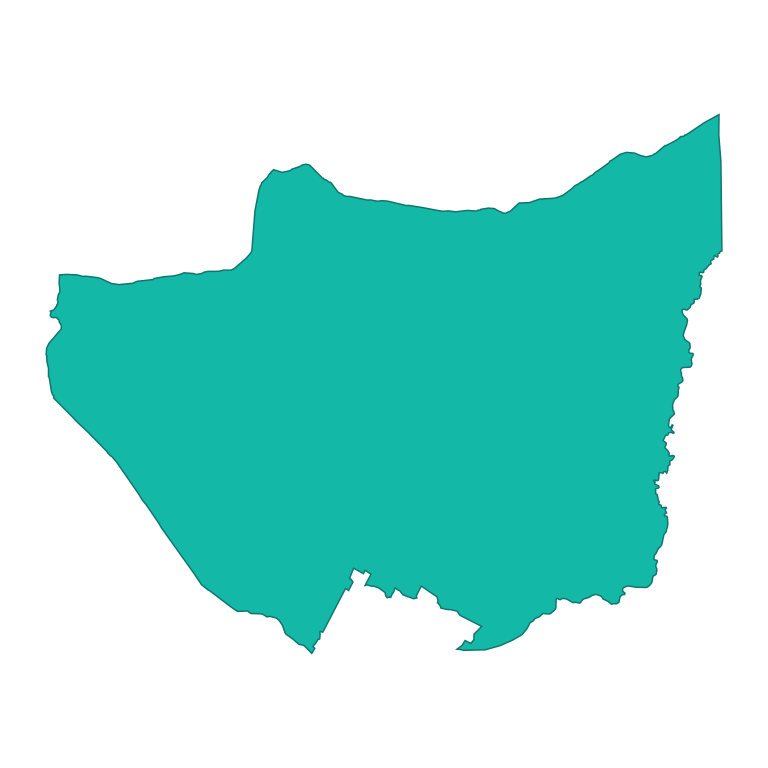 outline of Santa Ana, Petén, Guatemala
{"feature_id": "79465075B84602984839461", "entity_name": "Santa Ana", "entity_type": "district", "adm_level": 2, "iso_a3": "GTM", "parent_name": "Guatemala", "parent_adm1": "Petén", "projection": "robinson", "projection_center": [-89.487, 16.831], "detail": "fine", "context": "isolated", "style": "filled", "palette": "teal", "viewbox_px": 768, "rotation_deg": 0, "n_neighbors": 0, "source": "geoboundaries", "source_scale": "gbopen_adm2", "svg_char_len": 6079}
<svg xmlns="http://www.w3.org/2000/svg" viewBox="0 0 768 768"><path d="M721.9,251.0L720.9,161.5L718.8,135.1L719.0,114.6L705.2,122.1L685.9,135.0L684.8,135.0L683.7,136.3L680.5,136.6L678.5,138.8L675.8,140.5L665.8,145.7L665.1,145.5L655.9,153.3L653.9,154.2L652.5,155.4L646.0,156.9L640.4,155.5L634.6,153.1L626.4,152.4L620.3,154.2L611.4,160.5L610.4,160.6L608.9,162.8L599.6,169.6L595.4,172.2L592.5,175.1L591.0,175.6L582.5,181.5L581.5,181.7L578.0,184.2L574.7,185.8L571.3,189.1L562.7,195.5L554.9,198.2L539.6,199.1L529.2,202.7L519.1,203.0L510.0,211.5L507.1,212.4L506.3,213.2L503.8,213.3L497.4,210.4L494.5,208.6L488.5,208.1L480.8,209.3L480.4,209.9L477.5,210.3L476.8,211.1L467.6,210.4L455.7,211.8L448.3,210.9L442.3,211.3L421.0,207.3L408.4,205.4L406.6,205.6L387.5,201.1L382.2,200.7L377.6,201.2L370.2,199.9L367.4,200.1L350.2,196.5L346.0,196.3L343.0,195.2L342.5,194.4L338.2,192.3L330.7,182.3L329.3,182.3L326.2,180.0L324.2,179.4L323.3,178.2L322.5,178.1L309.6,165.1L305.9,164.2L302.0,165.1L300.3,166.3L291.9,169.2L290.3,170.6L282.3,172.4L273.5,169.7L270.9,172.3L270.7,173.3L269.7,173.5L267.3,177.5L261.7,182.9L260.9,185.3L260.2,186.1L258.8,190.8L255.0,210.7L251.8,251.1L250.8,253.0L245.8,258.6L234.9,268.0L232.2,269.6L230.6,270.2L223.9,270.1L218.7,271.3L207.6,271.4L203.5,272.4L202.0,273.4L196.2,274.5L193.2,273.5L184.1,272.8L178.8,274.8L172.6,276.1L164.7,276.6L154.2,278.5L152.8,279.6L137.2,281.3L132.6,283.3L119.1,284.6L111.4,283.5L100.7,278.5L97.2,277.6L85.6,276.2L82.4,276.4L77.2,274.9L66.2,274.4L59.5,274.9L59.1,282.7L60.0,291.7L58.4,294.6L57.3,300.0L58.0,301.1L57.5,304.2L56.8,304.9L56.6,306.0L53.9,309.8L50.4,311.2L51.4,311.9L50.6,313.1L50.3,315.5L51.2,316.9L52.7,317.6L56.3,317.5L59.1,320.2L59.2,321.8L61.3,325.4L61.3,328.9L48.9,343.4L46.6,348.3L46.1,354.6L46.7,355.5L46.9,361.4L48.5,368.3L48.5,376.7L49.2,377.5L51.6,392.2L52.9,395.2L53.9,396.2L53.6,398.0L72.6,417.1L75.6,420.5L88.5,432.7L107.3,451.9L107.5,452.7L110.2,455.5L112.2,456.9L116.6,462.1L138.7,494.0L142.4,500.2L146.2,504.8L158.9,523.3L161.6,528.1L194.2,573.7L201.5,584.7L208.3,590.1L209.9,590.9L230.9,606.9L237.5,611.4L247.5,611.0L251.0,613.5L260.5,613.8L262.9,614.3L266.9,616.9L270.0,616.4L276.2,618.0L279.1,620.4L282.5,625.4L285.1,632.9L286.2,634.4L293.2,639.3L298.7,644.2L303.9,645.4L311.8,653.4L314.8,648.3L312.9,646.5L314.4,644.5L315.0,644.3L318.0,639.4L318.9,639.4L319.8,638.6L320.1,634.0L319.8,633.0L320.1,631.4L322.8,632.2L345.5,588.5L348.6,590.5L352.9,582.1L351.2,579.4L349.5,578.5L353.6,568.2L363.5,573.6L365.0,570.4L371.1,574.1L365.1,585.4L366.7,584.9L372.3,586.3L373.7,586.1L378.9,588.0L385.0,592.5L385.8,596.0L387.3,597.8L389.1,597.0L390.7,597.5L391.9,594.5L393.6,592.1L395.1,587.9L397.7,589.9L399.8,590.8L402.9,594.8L413.5,598.7L416.8,598.0L416.4,595.5L421.3,586.1L437.1,596.9L438.0,600.4L437.5,602.9L438.8,603.9L440.3,606.1L440.9,608.1L447.1,609.5L451.2,609.7L457.1,611.2L459.8,615.1L460.5,615.6L481.7,626.4L474.0,634.2L473.9,639.7L470.9,643.4L465.1,640.5L462.1,645.4L457.0,649.2L461.4,649.7L463.2,650.3L485.3,649.8L500.5,645.5L512.2,640.3L522.4,634.4L527.6,627.7L529.7,623.2L531.0,622.1L532.8,621.2L535.2,618.4L539.2,616.9L543.0,613.5L549.1,614.0L551.1,613.1L554.1,610.6L555.5,608.9L555.9,607.5L556.1,600.0L556.6,598.4L557.3,598.4L559.3,599.5L560.4,599.6L562.6,598.4L566.4,598.9L572.9,602.6L575.6,602.3L579.4,603.1L580.5,602.6L582.4,600.0L584.1,598.8L588.8,597.5L591.9,595.6L594.6,594.6L596.7,594.5L600.5,595.9L601.5,596.5L603.2,599.1L608.2,601.4L611.5,604.3L612.8,603.7L617.0,603.7L619.0,602.1L620.0,596.9L620.4,596.3L622.4,594.7L624.6,594.5L625.0,593.2L623.2,591.7L622.6,590.7L622.7,588.4L623.8,587.5L627.9,585.9L635.9,587.2L645.7,587.5L647.5,587.0L649.3,585.7L651.4,583.3L652.3,580.8L652.6,577.5L653.4,575.9L655.5,574.8L656.2,574.0L656.8,570.5L656.7,568.5L656.1,567.6L655.8,565.8L655.9,564.6L657.4,561.6L657.1,560.4L654.4,559.8L653.9,558.8L654.3,555.6L656.4,552.7L658.3,548.6L660.5,546.6L661.7,544.9L663.8,535.2L664.3,534.0L666.3,531.5L666.6,529.1L667.5,526.8L667.8,523.1L667.4,517.5L666.8,516.2L664.8,515.9L664.3,515.0L664.7,514.0L666.6,512.9L665.2,510.1L665.5,509.0L666.5,508.1L666.1,507.5L665.0,507.3L662.0,507.9L660.9,505.1L658.9,504.5L658.6,503.9L659.2,502.4L659.0,501.3L658.1,500.3L658.0,498.5L657.2,494.6L655.7,493.6L655.6,489.3L655.9,488.6L658.4,488.1L659.1,487.2L658.7,486.0L654.8,484.0L654.5,482.9L655.2,482.1L653.7,480.6L654.6,480.0L657.4,480.7L658.4,480.1L658.9,477.2L658.6,475.9L659.1,475.2L658.9,473.1L661.0,472.7L663.0,473.2L663.7,471.9L664.6,471.4L665.3,471.5L666.7,473.1L667.7,470.4L668.1,465.7L669.7,464.9L670.0,464.3L669.7,462.1L670.0,461.1L672.5,459.6L674.4,456.6L674.1,455.9L672.0,455.4L670.0,456.3L669.4,456.0L668.9,454.5L669.3,453.8L669.0,452.6L667.8,450.8L665.2,448.1L665.0,446.9L666.3,444.2L666.2,443.0L663.1,440.6L665.4,435.7L665.8,435.2L667.8,435.0L668.7,432.8L670.9,432.3L673.6,433.3L674.0,432.3L671.7,430.4L671.3,429.2L672.9,425.3L672.2,424.9L671.2,426.7L670.3,427.6L669.6,427.6L668.9,426.8L668.5,424.9L669.4,418.8L674.2,414.2L674.4,413.1L672.8,409.6L672.6,404.5L674.4,399.7L677.1,397.2L678.0,395.8L678.3,392.9L678.1,390.1L679.1,387.8L678.6,386.8L677.8,386.2L677.8,385.0L679.0,383.6L681.8,382.2L682.8,380.7L682.7,378.6L681.5,375.8L681.4,373.1L680.6,371.2L680.7,369.5L682.0,367.9L683.3,367.5L689.6,367.2L690.4,367.0L691.6,365.6L691.9,363.1L691.2,359.7L691.8,357.7L693.2,354.9L693.2,353.9L692.7,353.4L690.6,353.3L689.0,352.6L688.9,350.0L690.0,348.2L690.1,347.4L689.9,343.7L689.3,342.8L685.0,339.7L683.2,335.7L684.1,331.9L686.7,324.7L687.5,320.3L686.9,318.5L684.2,316.2L682.7,313.8L682.0,311.2L682.1,309.8L682.9,309.3L685.0,309.3L686.5,310.1L687.4,309.8L690.2,307.3L691.0,304.6L693.7,303.2L694.1,302.6L694.1,299.2L697.1,299.2L699.1,298.3L700.8,293.9L701.3,288.2L700.7,287.3L699.7,286.6L700.8,283.7L700.5,282.8L700.5,280.6L702.1,276.4L701.4,275.5L699.8,275.4L699.2,274.8L699.5,272.6L700.2,272.2L702.8,272.7L703.6,272.3L704.1,269.6L706.0,268.8L708.9,265.0L711.0,263.9L711.1,263.1L710.5,262.2L710.9,260.6L713.7,259.1L714.0,255.8L714.7,255.4L716.1,256.6L717.5,257.0L718.0,256.2L717.6,254.0L719.4,253.2L720.3,251.4L721.9,251.0Z" fill="#14b8a6" stroke="#0f766e" stroke-width="1.5"/></svg>